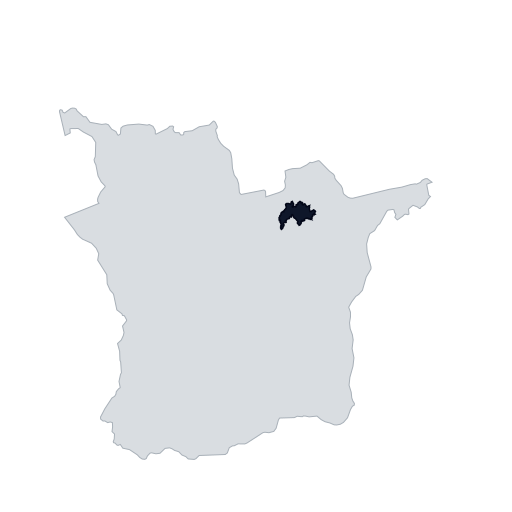 Gungu, Bandundu, Democratic Republic of the Congo (highlighted), rotated 167°
{"feature_id": "63176286B71176382547280", "entity_name": "Gungu", "entity_type": "district", "adm_level": 2, "iso_a3": "COD", "parent_name": "Democratic Republic of the Congo", "parent_adm1": "Bandundu", "projection": "mercator", "projection_center": [19.308, -5.768], "detail": "fine", "context": "in_parent", "style": "filled", "palette": "ink", "viewbox_px": 512, "rotation_deg": 167, "n_neighbors": 0, "source": "geoboundaries", "source_scale": "gbopen_adm2", "svg_char_len": 8801}
<svg xmlns="http://www.w3.org/2000/svg" viewBox="0 0 512 512"><g transform="rotate(167 256 256)"><path d="M433.8,336.8L397.2,342.6L398.0,344.7L397.6,346.9L396.7,348.6L393.0,353.2L387.4,357.4L387.4,358.4L390.2,363.1L391.9,369.5L391.5,380.9L392.2,383.9L392.1,386.3L390.2,389.0L386.6,402.7L389.0,409.3L396.3,415.6L400.5,420.2L407.7,421.8L408.8,421.6L409.3,417.7L414.9,416.3L415.0,440.8L414.5,442.2L413.5,442.5L412.1,441.7L411.7,439.4L410.2,438.4L403.2,441.4L401.4,441.4L399.5,440.8L398.1,439.6L397.7,437.7L392.8,430.5L390.4,430.0L387.7,423.6L376.7,418.9L372.5,418.5L370.3,417.1L368.1,412.0L364.5,408.8L363.6,405.2L362.9,404.6L360.7,405.4L358.8,411.1L356.3,412.4L351.8,412.6L340.5,410.9L332.5,408.0L330.4,408.1L327.2,405.5L325.9,401.1L326.6,397.7L326.0,397.2L313.7,400.1L310.8,401.8L308.0,401.4L307.2,400.4L308.4,398.1L307.8,395.6L306.9,394.4L303.2,393.5L302.1,390.8L299.9,390.4L299.1,390.8L298.6,392.6L297.3,393.2L290.0,392.4L282.3,394.7L272.1,394.1L267.3,397.0L266.6,396.9L265.5,395.4L264.6,390.8L265.1,389.5L266.6,388.6L267.1,386.8L266.6,382.0L267.0,380.9L266.5,378.1L265.0,373.7L262.8,370.1L258.2,364.8L257.4,362.3L257.7,356.2L259.2,346.8L259.0,339.7L257.1,335.2L256.7,330.2L257.9,321.4L256.7,319.3L233.6,318.5L232.6,317.9L232.2,316.6L233.2,311.4L219.1,312.7L214.9,313.7L212.2,315.9L211.4,318.6L211.3,322.4L209.2,326.0L208.6,332.3L204.6,332.9L200.7,332.9L193.2,331.6L185.9,333.4L182.3,335.1L180.4,334.3L173.8,334.9L172.9,334.4L165.4,322.2L162.0,318.1L161.4,316.1L161.7,314.2L160.8,311.7L157.3,305.4L156.6,302.5L156.8,297.9L156.4,296.4L153.2,292.5L151.1,291.2L148.8,290.5L111.0,291.0L98.5,290.3L89.4,290.8L84.7,290.5L83.5,289.9L79.3,290.7L77.1,292.4L73.8,293.2L71.8,292.9L67.9,288.3L73.2,287.6L73.6,287.1L74.0,276.3L72.6,274.7L75.4,272.9L80.0,268.1L84.5,266.4L85.1,265.4L86.1,265.5L87.7,267.5L91.6,270.1L96.4,267.8L96.9,267.1L97.5,262.5L98.7,262.1L100.8,263.1L102.0,263.1L104.1,261.8L110.2,259.4L112.0,262.4L110.3,265.1L111.1,267.0L111.2,270.0L112.2,270.6L117.1,271.0L118.5,270.2L128.1,259.6L130.7,258.4L134.7,254.1L140.1,252.2L142.4,248.9L145.5,242.9L146.9,234.3L146.4,219.5L146.9,217.5L153.3,210.8L160.0,198.7L164.5,195.5L167.9,194.2L173.1,189.8L177.2,185.3L176.6,180.0L177.6,175.5L179.9,169.9L180.6,163.9L179.8,157.6L180.2,152.4L183.2,144.2L183.5,134.7L186.3,126.8L191.8,116.7L194.4,109.2L193.9,101.8L194.6,96.3L194.3,93.1L193.3,90.3L193.8,88.6L195.9,87.9L198.5,85.1L203.2,77.8L208.2,74.2L211.7,73.1L215.4,73.2L217.8,73.9L221.6,76.7L226.0,79.0L229.3,81.9L232.6,86.3L240.4,87.3L243.8,88.9L245.9,89.5L246.6,89.0L248.2,89.3L251.9,90.6L254.9,89.9L269.4,92.8L271.0,91.3L275.1,83.7L278.1,81.1L283.1,80.9L287.0,82.3L289.0,82.3L306.9,75.8L309.2,75.4L315.7,77.0L319.9,76.0L321.6,76.3L325.2,75.2L328.2,70.6L330.6,69.5L356.3,74.4L360.2,72.0L362.0,71.7L367.7,73.5L369.5,76.3L372.9,78.7L375.3,82.7L379.1,84.9L381.1,87.0L383.3,88.5L387.9,89.0L393.9,85.4L398.0,85.8L402.2,87.8L403.7,87.7L406.8,85.6L408.5,83.3L410.1,82.9L412.6,83.8L414.6,85.9L416.4,89.0L422.8,95.8L429.0,98.7L430.6,102.9L432.8,102.5L433.9,102.9L435.5,105.5L436.7,106.1L436.9,107.1L435.3,109.6L433.9,114.4L435.8,117.3L434.2,121.6L433.4,126.0L435.4,127.1L438.0,127.0L440.4,129.3L442.2,129.6L444.1,132.1L443.7,134.1L437.6,141.2L428.4,150.0L425.3,151.1L423.7,152.7L422.6,155.3L419.9,157.4L417.9,158.3L417.7,164.6L414.6,171.2L413.4,172.5L411.7,183.2L412.0,185.0L410.3,193.8L410.6,201.9L406.2,204.4L403.1,208.4L401.8,211.2L401.8,217.8L396.8,221.9L396.4,222.8L397.7,227.4L399.5,228.2L399.6,229.8L403.7,234.8L403.4,250.2L403.7,251.7L405.8,255.4L407.2,262.4L405.6,271.3L411.2,287.6L408.7,293.6L409.9,299.4L413.3,305.4L421.1,311.3L423.2,313.8L425.2,317.1L427.0,322.2L433.8,336.8Z" fill="#d9dde1" stroke="#a8b0b8" stroke-width="1"/><path d="M194.7,279.5L194.4,279.3L194.2,279.3L194.2,279.6L193.9,279.7L193.7,279.5L193.8,279.9L193.8,280.0L193.6,280.1L193.4,280.0L193.2,280.1L193.2,279.9L192.9,280.2L193.0,280.5L192.9,280.9L193.1,281.1L192.9,281.3L193.0,281.5L192.9,281.6L192.7,281.5L192.4,281.5L192.1,281.7L191.9,281.9L191.7,282.5L191.7,283.4L191.5,283.5L191.1,283.7L190.8,283.7L190.6,283.4L190.4,283.1L190.0,283.0L189.9,283.2L189.8,283.4L189.8,283.6L189.7,283.5L189.5,283.4L189.4,283.4L189.6,283.6L189.4,283.7L189.4,283.8L189.5,283.8L189.4,283.9L189.6,284.0L189.4,284.1L189.4,284.3L189.3,284.5L189.2,284.7L189.2,284.8L188.9,284.9L188.8,285.3L188.6,285.3L188.8,285.4L188.7,285.7L188.4,285.8L188.5,285.9L188.5,286.3L188.2,286.4L188.2,286.6L188.5,286.8L189.0,287.0L189.2,287.5L189.3,288.0L189.5,288.0L189.8,287.6L190.6,287.6L191.2,287.5L191.5,287.3L191.9,287.1L192.0,286.9L192.3,287.0L192.7,287.2L193.4,287.2L193.4,287.5L193.3,287.9L193.4,288.3L193.5,288.6L193.4,289.0L193.5,289.3L193.4,289.4L193.4,290.3L193.2,290.9L193.0,291.1L192.9,291.3L192.7,291.6L192.9,292.0L192.9,292.6L192.6,293.0L193.2,292.9L193.5,293.0L194.8,292.6L195.3,292.7L195.9,292.7L196.0,292.8L196.0,293.0L196.0,293.3L195.8,293.5L195.9,293.9L196.0,293.9L196.2,294.4L196.4,295.0L196.5,295.3L196.5,295.6L196.9,295.9L197.3,295.7L197.5,295.6L197.8,295.5L198.4,295.1L198.6,295.1L198.7,295.3L198.5,295.6L198.6,296.0L198.8,296.0L198.9,295.9L199.1,295.6L199.3,295.6L199.3,297.0L199.2,297.1L198.6,296.8L198.6,297.1L199.2,298.0L199.4,298.0L200.0,297.7L200.3,297.7L200.3,297.9L200.5,298.2L200.5,298.3L200.6,298.9L200.5,299.0L200.8,299.3L201.0,299.3L201.2,299.2L201.7,298.8L201.9,298.7L202.9,298.5L203.0,298.4L203.4,297.5L203.7,297.4L203.8,296.9L203.8,296.7L204.0,296.6L204.5,297.0L204.9,296.9L205.4,296.8L205.4,296.6L205.6,296.1L205.9,295.6L205.9,295.3L206.1,295.0L206.3,295.2L206.8,295.3L207.9,295.8L208.2,295.8L208.4,295.6L208.5,295.5L208.9,295.5L209.0,295.6L209.5,295.6L209.6,295.8L209.4,296.1L209.4,296.3L209.1,296.5L208.4,296.8L208.1,297.4L207.9,297.5L207.7,298.3L207.7,298.7L208.0,299.1L208.0,299.6L208.2,299.8L208.2,300.2L208.4,300.2L208.4,300.8L208.6,300.7L208.8,300.9L209.1,300.9L209.5,300.7L210.2,299.2L210.3,298.9L210.6,298.7L210.9,298.8L211.1,298.9L211.2,299.1L211.5,299.2L211.8,299.2L212.0,299.5L212.7,299.9L213.2,299.9L213.9,300.2L214.4,300.2L214.6,300.2L214.9,300.0L215.4,299.8L215.5,299.6L215.3,299.4L215.4,299.0L215.6,299.0L215.6,298.8L215.4,298.6L215.6,298.2L215.6,297.9L215.3,297.6L215.6,296.7L215.6,296.4L215.8,296.0L216.0,295.9L216.2,295.6L216.4,295.5L216.5,295.2L216.9,295.1L217.1,294.9L217.3,294.8L217.4,294.6L217.7,294.6L217.9,294.3L218.2,294.1L218.3,293.8L218.7,293.8L219.0,293.6L219.3,293.4L219.3,293.1L219.6,293.3L219.8,293.1L220.0,293.1L220.6,293.1L221.0,292.6L221.3,292.6L221.6,292.5L221.7,292.4L221.7,292.1L222.0,292.0L222.0,291.9L222.1,291.7L222.3,291.3L222.3,291.0L222.4,290.9L222.6,290.3L223.1,290.2L223.4,290.1L223.5,290.0L223.7,289.9L223.8,289.8L223.8,289.5L223.8,289.1L224.1,288.9L224.5,288.6L224.6,288.4L224.7,288.2L224.9,288.1L225.0,288.0L224.9,287.7L225.0,287.5L225.0,287.2L224.9,287.1L225.0,287.0L225.2,286.6L225.0,286.4L225.2,286.0L225.3,285.7L225.2,285.5L225.2,285.4L225.0,285.2L224.8,285.2L225.0,285.0L224.6,284.7L224.7,284.3L224.6,284.2L224.7,283.8L224.4,283.9L224.5,283.5L224.7,283.4L224.5,283.0L224.6,282.9L224.8,282.9L225.1,282.9L224.6,282.9L224.5,282.5L224.5,282.1L224.5,281.8L224.9,281.5L224.5,281.7L224.4,281.6L224.4,281.1L224.5,280.9L224.4,280.3L224.5,280.3L224.7,280.2L224.7,279.9L224.9,279.8L225.0,279.8L225.0,279.7L225.0,279.2L225.5,278.8L225.6,278.7L225.3,278.0L225.5,277.8L225.5,277.5L225.5,277.4L225.3,277.1L225.5,277.0L225.3,276.8L225.4,276.4L225.3,276.2L225.1,276.3L224.6,276.6L224.2,276.7L224.0,276.8L223.3,277.7L223.0,278.4L222.9,278.6L222.7,278.9L222.2,279.0L222.0,279.3L221.7,280.1L221.7,280.3L222.0,280.8L222.3,280.8L222.4,281.0L221.9,281.6L221.1,282.2L221.0,282.4L220.9,282.5L219.8,282.0L219.1,282.0L219.0,282.3L219.0,282.5L218.9,283.2L219.1,283.8L218.5,283.8L218.3,284.0L218.1,284.5L217.9,284.6L217.5,284.8L217.2,285.0L216.8,285.0L215.5,285.0L215.2,285.0L214.9,285.4L214.7,286.1L214.4,286.4L214.1,286.5L213.6,286.5L213.0,286.0L212.7,286.0L212.5,286.5L212.3,286.7L212.3,287.0L212.2,287.7L212.0,288.1L211.6,288.3L211.3,288.2L211.1,288.0L210.8,287.3L210.7,287.1L210.7,286.7L210.6,286.4L210.6,285.6L210.2,284.4L209.7,284.1L209.2,283.7L208.0,281.2L207.5,280.5L207.5,280.3L207.2,280.0L207.3,279.9L207.5,279.8L208.0,279.3L208.3,278.9L208.3,278.7L207.9,278.0L207.7,277.5L207.6,277.3L207.5,277.0L207.1,276.6L207.0,276.4L207.0,276.2L206.2,276.3L206.1,276.5L205.9,277.0L205.5,277.0L205.3,277.1L205.1,277.2L204.8,277.5L204.6,277.9L204.5,278.6L204.4,278.6L204.2,278.8L204.3,278.9L204.4,279.6L203.3,279.7L203.2,279.9L203.3,280.1L203.2,280.3L203.0,280.2L202.7,279.6L202.5,279.4L202.4,279.5L202.2,279.6L201.8,279.7L201.3,279.7L201.1,279.6L200.9,279.6L200.7,279.7L200.6,279.8L200.6,280.0L200.6,280.6L200.8,280.8L200.8,281.0L200.3,281.3L199.6,281.3L199.1,281.5L197.9,281.1L197.7,281.5L196.8,281.0L196.5,280.4L196.4,280.3L196.0,280.3L195.9,280.4L195.4,280.0L195.2,280.1L195.0,279.5L194.7,279.5Z" fill="#0f172a" stroke="#020617" stroke-width="1.5"/></g></svg>